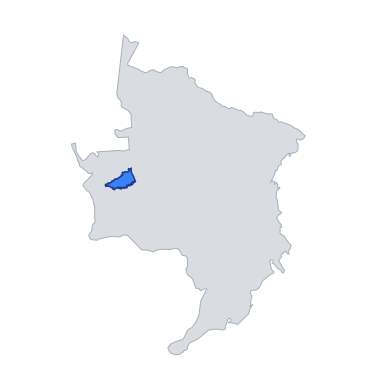 Barranco Mina, Guainía, Colombia shown in context, rotated 176°
{"feature_id": "7082276B12505915261295", "entity_name": "Barranco Mina", "entity_type": "district", "adm_level": 2, "iso_a3": "COL", "parent_name": "Colombia", "parent_adm1": "Guainía", "projection": "mercator", "projection_center": [-69.213, 3.219], "detail": "fine", "context": "in_parent", "style": "filled", "palette": "blue", "viewbox_px": 384, "rotation_deg": 176, "n_neighbors": 0, "source": "geoboundaries", "source_scale": "gbopen_adm2", "svg_char_len": 7859}
<svg xmlns="http://www.w3.org/2000/svg" viewBox="0 0 384 384"><g transform="rotate(176 192 192)"><path d="M223.4,42.0L219.2,43.7L211.1,45.8L205.5,55.1L201.7,56.7L197.0,62.1L193.6,68.9L190.9,82.6L184.0,94.2L184.6,94.7L187.3,94.2L189.9,92.9L190.9,93.3L191.8,95.3L195.0,95.8L197.5,105.2L202.3,110.0L202.8,111.8L203.4,115.7L201.7,118.1L201.2,126.6L202.7,128.7L206.3,129.6L208.7,134.9L210.1,136.2L212.3,137.0L217.6,136.2L227.0,137.0L229.2,136.9L234.6,135.0L241.3,137.3L246.2,137.7L259.7,153.7L261.1,153.3L262.8,154.2L266.2,152.6L269.2,152.3L273.0,153.1L278.1,153.1L288.4,151.5L289.9,150.5L295.5,151.5L297.1,152.7L298.0,155.6L297.3,157.5L295.3,159.4L294.3,161.8L294.1,164.7L293.0,166.8L291.2,168.2L290.5,170.2L290.9,172.9L290.0,185.0L290.7,186.0L291.3,190.9L293.7,197.4L294.8,199.2L296.8,200.7L300.4,206.0L299.6,207.8L290.4,216.1L289.9,218.0L291.7,217.2L294.5,218.0L295.5,220.0L302.3,225.7L302.3,227.9L304.2,232.3L303.9,233.2L308.6,245.6L308.8,248.2L304.8,248.9L304.7,240.6L304.1,238.9L299.6,231.6L298.7,231.0L295.7,231.8L290.7,237.3L288.4,238.1L286.5,237.3L284.7,234.1L283.5,233.5L282.3,236.2L283.8,238.6L261.8,238.6L257.5,237.6L251.6,238.8L251.6,251.3L262.0,251.5L264.8,255.1L264.6,258.0L265.0,259.0L262.5,259.6L258.9,257.7L252.4,260.0L247.7,260.6L247.4,274.4L250.2,277.8L255.8,281.5L256.6,284.0L256.2,286.4L257.5,289.3L259.3,290.9L259.3,292.7L260.3,294.7L249.4,353.2L245.5,349.6L244.1,346.4L242.2,345.1L238.5,346.1L234.6,344.4L247.3,324.6L246.9,322.8L236.3,318.0L235.2,316.7L230.1,314.1L227.3,314.9L225.7,316.2L221.9,316.6L218.7,314.5L215.0,313.1L210.6,316.4L209.2,316.4L206.1,317.9L202.7,318.4L198.3,316.9L194.7,318.0L192.2,317.7L191.3,316.7L188.1,315.5L187.7,314.2L188.6,311.7L187.3,306.9L186.7,306.1L184.3,306.0L181.5,304.3L181.0,303.2L181.5,301.2L181.0,299.6L178.3,295.7L174.5,294.7L170.8,291.5L167.1,290.4L165.4,288.1L163.8,282.9L160.0,278.8L157.3,277.4L156.4,275.5L153.7,275.3L149.9,272.7L148.3,272.5L147.1,273.7L143.7,272.4L140.7,270.5L137.7,270.0L135.7,268.8L132.1,265.1L128.2,263.3L125.9,263.9L125.2,266.7L123.9,267.2L119.4,266.5L118.6,267.1L117.4,266.9L112.0,264.9L106.5,264.1L105.2,259.5L101.7,257.8L100.6,255.6L98.2,255.8L88.9,251.6L85.1,248.6L81.8,247.0L78.4,243.7L77.8,242.4L75.2,240.5L76.5,238.0L79.7,236.2L83.8,237.6L84.3,234.7L82.8,232.2L83.6,226.4L84.6,225.1L86.9,223.9L88.3,224.4L89.2,223.4L92.6,223.8L93.6,223.4L96.2,221.1L97.3,219.3L98.5,219.5L101.3,216.3L100.8,213.2L103.4,212.5L106.1,207.4L107.3,207.3L107.9,204.9L112.7,196.4L111.0,197.4L109.1,196.8L109.4,193.9L108.8,193.6L107.3,195.8L105.9,193.6L106.3,190.0L104.1,190.6L104.2,189.8L107.4,187.1L108.6,180.8L107.6,178.6L107.0,169.2L106.4,167.4L103.9,165.1L107.9,162.4L109.4,160.4L107.5,156.2L105.1,152.7L105.1,150.6L106.5,150.8L107.1,145.0L105.7,142.8L104.0,142.7L98.7,134.1L96.8,132.3L98.2,128.2L99.9,126.4L99.5,123.2L100.6,123.4L102.9,126.3L103.8,125.8L107.4,123.1L107.5,120.6L110.4,117.9L106.3,109.1L105.0,107.7L106.6,104.9L107.5,105.0L109.1,107.8L111.7,109.6L115.4,114.5L117.0,115.6L115.8,116.7L115.6,117.9L116.1,118.6L118.3,118.7L119.1,117.4L118.5,111.4L117.6,108.4L115.7,106.3L116.3,105.4L120.1,103.9L128.1,98.2L130.8,92.8L132.9,90.8L135.2,89.6L138.1,89.9L140.3,89.2L141.0,87.5L139.5,83.7L141.2,78.6L141.1,76.0L142.2,74.5L141.9,73.9L139.0,75.7L142.0,72.1L144.0,66.5L155.6,56.8L163.1,59.1L165.5,59.0L162.4,60.2L161.9,61.6L163.0,63.1L164.1,63.5L165.1,62.6L167.6,56.9L168.0,53.7L169.1,52.6L170.7,52.2L178.0,53.6L185.0,53.1L196.4,45.0L205.0,41.5L207.1,38.1L207.7,35.6L209.2,34.6L210.9,34.6L211.8,33.2L215.8,31.0L220.0,30.8L224.5,32.7L226.5,36.1L226.9,38.4L223.4,42.0ZM92.7,222.8L92.2,223.2L91.2,222.5L90.9,221.5L91.5,220.8L92.3,221.0L92.7,222.8Z" fill="#d9dde1" stroke="#a8b0b8" stroke-width="1"/><path d="M247.7,206.3L249.1,211.1L251.1,215.9L251.1,219.8L251.4,219.6L251.5,219.7L251.8,219.6L252.1,219.4L252.2,219.5L252.3,219.5L252.3,219.4L252.6,219.5L252.8,219.4L252.9,219.5L253.1,219.5L253.2,219.3L253.4,219.3L253.5,219.4L253.6,219.2L253.7,219.3L253.8,219.2L253.6,219.0L253.7,218.8L253.5,218.7L253.5,218.4L253.3,218.2L253.2,218.2L253.1,217.9L253.3,217.7L253.7,217.0L253.9,216.9L254.1,216.9L254.2,216.7L254.5,216.7L255.0,216.7L255.3,216.5L255.5,216.6L256.0,216.7L256.2,216.8L256.5,216.7L256.7,216.8L256.9,216.8L257.0,216.7L257.3,216.6L257.7,216.7L258.0,216.2L258.1,216.3L258.4,216.2L258.7,216.3L258.7,216.2L259.0,216.1L259.4,216.2L259.8,216.4L259.9,216.5L260.1,216.4L260.1,216.2L260.3,215.9L260.2,215.7L259.9,215.6L260.1,215.2L260.2,214.6L260.3,214.4L260.3,214.2L260.5,214.0L260.2,213.5L260.3,213.5L260.3,213.3L260.5,213.3L260.9,213.5L261.0,213.6L261.3,213.7L261.3,213.4L261.4,213.1L261.6,212.9L261.8,212.6L262.2,212.5L262.6,212.2L262.7,211.9L262.8,211.6L263.1,211.4L263.5,211.6L263.8,211.6L264.0,211.5L264.1,211.4L264.6,211.1L264.9,210.9L265.2,210.5L265.2,210.4L265.5,210.0L265.8,210.0L266.0,209.9L266.5,210.1L266.7,210.4L267.2,210.4L267.3,210.3L267.5,210.3L267.6,210.1L268.2,210.1L268.4,210.0L268.4,209.9L268.7,209.7L268.8,209.6L268.8,209.4L269.0,209.2L269.3,209.0L269.5,208.9L269.7,208.7L269.8,208.7L270.0,208.7L269.9,208.6L270.0,208.6L270.4,208.7L270.5,208.6L270.7,208.4L270.9,208.4L271.0,208.3L271.0,208.2L271.2,207.8L271.3,207.8L271.4,207.6L271.5,207.6L271.6,207.4L271.8,207.4L272.0,207.4L272.3,207.3L272.3,207.2L272.6,207.1L272.8,207.1L273.0,207.0L273.4,206.9L273.5,206.8L273.8,206.8L273.8,206.7L273.9,206.8L274.0,206.8L274.0,206.7L274.3,206.6L274.5,206.5L274.6,206.4L274.9,206.2L275.0,206.3L275.0,206.2L275.3,206.1L275.5,206.1L275.7,205.9L275.7,206.0L275.9,206.0L275.9,205.9L276.0,205.8L276.1,205.7L276.4,205.5L276.6,205.5L276.6,205.4L276.8,205.4L276.9,205.5L277.0,205.4L277.3,205.4L277.2,205.3L277.3,205.4L277.4,205.1L277.6,205.0L277.6,204.8L277.7,204.7L277.7,204.4L277.9,204.2L277.6,203.8L277.5,203.7L277.4,203.7L277.5,203.7L277.3,203.7L277.2,203.6L276.9,203.6L276.6,203.5L276.2,203.6L275.9,203.6L275.7,203.7L275.3,203.7L275.0,203.6L274.9,203.6L274.5,203.6L274.4,203.6L274.0,203.6L273.7,203.4L272.7,202.3L272.3,202.1L271.9,202.0L271.5,201.8L271.4,201.9L271.0,202.0L271.0,201.9L271.0,201.7L271.0,201.2L270.8,200.5L270.6,200.4L270.3,200.4L270.1,200.5L269.9,200.8L269.7,200.9L269.4,200.8L269.3,200.5L269.4,199.9L269.2,199.7L269.0,199.9L269.2,200.5L269.0,200.9L268.8,200.9L268.4,200.7L268.1,200.7L267.7,200.9L267.0,201.6L266.8,201.7L266.6,201.4L266.4,201.4L266.3,201.7L266.1,201.8L265.9,201.6L265.8,201.1L265.7,201.0L265.4,201.1L265.3,201.4L265.0,201.6L264.7,201.8L264.4,201.8L264.4,201.6L264.6,201.4L264.7,201.1L264.3,201.1L264.1,201.1L264.2,200.6L263.9,200.5L263.7,200.9L263.6,201.0L263.4,201.0L263.3,200.9L263.3,200.5L263.2,200.2L262.9,200.1L262.5,200.0L262.4,200.1L262.4,200.3L262.5,200.4L262.7,200.6L262.8,200.9L262.5,201.4L262.3,201.6L262.2,201.6L262.1,201.4L262.1,201.2L262.4,200.6L262.3,200.3L262.1,200.2L261.9,200.3L261.8,200.6L261.3,200.8L260.9,201.2L260.7,201.2L260.6,200.9L260.4,200.9L260.3,201.2L260.1,201.3L259.8,201.2L259.5,200.5L259.4,200.4L259.2,200.3L258.8,200.6L258.6,201.0L258.6,201.4L258.5,201.5L258.3,201.4L258.4,201.1L258.3,200.9L257.6,201.0L256.8,200.8L256.6,200.8L256.5,201.0L256.9,200.9L256.9,201.0L257.0,201.1L256.8,201.4L256.8,201.7L256.9,201.9L256.9,202.2L256.6,203.1L256.4,202.7L256.2,202.5L256.0,202.9L255.9,203.0L255.6,203.0L255.4,202.8L255.2,202.7L255.0,202.8L254.9,203.2L254.7,203.5L254.5,203.2L254.3,202.9L253.9,202.6L253.7,202.6L253.7,202.9L254.1,203.0L254.2,203.3L254.1,203.5L253.8,203.5L253.5,203.2L253.0,203.1L252.9,203.2L252.8,203.4L252.8,203.8L252.8,204.0L252.6,204.2L252.3,204.1L252.3,203.6L252.2,203.4L251.9,203.3L251.7,203.5L251.7,203.8L251.9,204.2L252.3,204.6L252.2,204.8L251.7,204.6L251.5,204.3L251.2,203.7L250.8,203.6L250.7,203.7L250.7,204.0L251.1,204.4L251.4,204.8L251.2,205.1L251.2,205.4L251.1,205.7L250.6,205.8L250.4,205.4L249.8,205.2L249.6,205.1L249.4,205.3L249.4,205.5L249.9,206.0L249.8,206.4L249.3,206.5L248.7,206.8L248.4,206.7L248.4,206.1L248.2,206.0L247.7,206.3Z" fill="#3b82f6" stroke="#1e3a8a" stroke-width="1.5"/></g></svg>